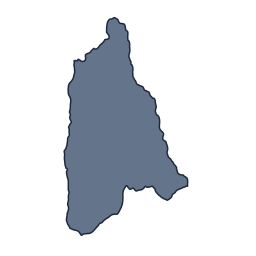 the district of Molagavita, Santander, Colombia, rotated 183°
{"feature_id": "7082276B9574899495584", "entity_name": "Molagavita", "entity_type": "district", "adm_level": 2, "iso_a3": "COL", "parent_name": "Colombia", "parent_adm1": "Santander", "projection": "equal_earth", "projection_center": [-72.811, 6.635], "detail": "fine", "context": "isolated", "style": "filled", "palette": "slate", "viewbox_px": 256, "rotation_deg": 183, "n_neighbors": 0, "source": "geoboundaries", "source_scale": "gbopen_adm2", "svg_char_len": 5866}
<svg xmlns="http://www.w3.org/2000/svg" viewBox="0 0 256 256"><g transform="rotate(183 128 128)"><path d="M185.3,192.3L185.3,191.8L185.1,190.7L185.1,189.9L185.3,188.2L185.3,187.6L184.9,186.7L184.5,184.3L184.3,182.1L184.2,180.5L184.6,178.5L185.0,176.6L185.2,175.4L185.5,174.4L186.2,173.0L186.9,171.9L187.5,171.1L188.5,170.0L189.0,169.2L189.4,168.1L189.7,166.5L189.8,163.2L189.6,161.5L189.4,159.5L189.0,158.1L188.6,157.4L187.8,156.2L187.4,155.3L186.9,154.3L186.7,153.8L186.6,152.2L186.6,150.4L186.8,148.2L186.7,147.3L186.7,146.3L186.7,145.7L186.8,143.4L187.3,141.1L187.3,140.6L186.8,139.8L186.5,139.3L186.3,138.7L186.3,138.1L186.3,137.3L186.6,136.6L186.7,135.7L186.7,134.9L186.5,134.3L185.8,132.9L185.2,131.8L185.0,131.3L184.9,130.8L184.9,130.5L185.3,129.9L185.7,129.4L186.5,128.0L186.8,127.0L187.2,126.3L187.3,125.8L187.3,125.3L187.1,125.0L186.6,123.0L186.6,120.8L186.2,117.7L186.5,116.9L187.3,115.7L187.6,114.9L187.7,113.9L187.7,112.6L187.8,111.2L187.9,110.1L188.0,108.4L188.3,106.6L188.9,104.6L189.8,102.7L190.3,102.2L190.5,101.5L190.2,99.6L189.9,98.5L189.8,97.4L190.0,96.6L189.9,95.4L190.0,94.8L189.9,94.6L189.8,92.9L189.7,92.8L189.6,92.5L189.4,90.9L189.1,89.7L189.1,88.7L188.9,87.8L188.6,86.9L187.7,84.5L187.2,84.4L186.6,84.1L186.4,83.7L186.3,83.3L186.3,82.9L186.6,82.4L187.0,81.7L187.1,80.7L187.0,79.9L186.7,78.3L186.3,76.9L186.0,75.6L185.5,74.3L185.2,73.4L184.9,72.5L184.7,69.9L184.5,66.1L184.4,63.3L184.2,62.4L183.9,61.8L183.5,61.1L183.5,60.8L183.7,58.9L184.0,57.4L184.0,56.9L183.9,55.1L183.7,53.9L183.8,52.4L183.9,51.5L184.2,49.8L184.3,48.6L184.2,48.1L183.9,47.5L183.6,47.0L183.3,45.8L183.2,44.8L183.2,43.7L183.2,43.4L183.3,42.9L183.5,42.1L183.7,41.1L184.0,40.5L184.1,40.2L184.3,39.4L184.3,38.7L184.3,37.8L184.7,33.3L184.6,32.5L184.5,32.0L184.4,31.7L184.2,31.4L183.9,31.1L183.8,30.7L183.8,30.3L183.7,30.1L183.3,29.1L182.9,28.4L181.5,26.5L180.6,25.0L180.6,24.8L179.3,24.3L177.5,23.7L175.3,23.1L173.8,22.9L172.7,22.5L171.2,21.3L170.2,20.0L169.1,18.5L168.4,18.5L167.5,19.6L165.4,20.1L162.9,20.5L161.0,20.7L159.3,21.5L157.6,22.9L154.2,27.1L152.6,29.0L151.5,31.0L150.7,31.5L149.8,31.8L148.8,32.3L148.0,33.6L146.1,35.4L144.7,36.6L143.6,37.1L140.3,40.1L139.0,40.8L137.6,41.0L136.4,41.3L135.5,41.4L134.7,41.3L133.8,41.8L133.0,43.1L132.2,44.8L131.2,47.1L130.4,49.0L129.7,51.9L129.5,53.9L129.4,56.7L129.5,59.3L129.7,61.9L129.4,65.2L128.6,67.1L127.4,69.3L126.8,70.3L126.0,70.1L125.1,69.0L123.9,67.8L123.3,67.0L122.5,67.0L121.2,67.4L120.4,68.1L119.4,68.1L118.5,67.2L117.8,66.3L116.8,65.6L116.1,65.6L113.6,66.6L112.6,66.7L110.7,67.3L109.1,68.8L108.5,69.6L108.1,70.3L107.7,70.6L107.0,70.4L106.2,69.9L104.3,70.0L102.8,70.4L102.2,70.6L101.4,71.0L100.9,71.1L100.4,71.0L99.4,69.8L98.9,69.4L97.9,68.6L97.7,67.8L97.5,66.9L97.0,66.1L96.2,64.8L95.2,64.2L94.6,63.4L93.3,62.2L92.6,61.9L91.9,61.4L91.1,60.6L88.9,59.4L87.0,58.8L86.2,58.5L85.2,57.9L84.4,58.3L83.3,59.0L82.1,60.0L80.8,61.4L80.3,63.6L79.8,64.4L78.7,65.0L77.7,65.9L76.8,67.3L76.1,68.2L74.9,69.0L73.5,69.7L71.8,70.4L70.6,71.2L68.7,71.9L67.2,72.7L65.5,73.1L65.6,74.3L65.6,77.7L65.8,79.4L66.1,80.3L66.4,81.0L67.8,82.1L68.5,82.3L69.4,82.8L70.0,83.6L70.6,84.0L72.9,83.9L75.5,85.1L76.4,86.7L77.2,89.4L77.5,89.8L77.5,91.3L77.8,91.7L78.7,92.7L79.0,93.2L79.7,93.6L80.0,93.9L80.9,95.6L81.4,96.3L81.8,96.6L82.5,97.3L84.1,99.6L85.5,100.4L86.1,101.2L86.3,101.5L87.1,103.5L87.8,105.5L87.6,107.0L87.3,107.9L87.3,109.7L87.7,111.7L88.2,113.0L88.5,113.5L89.3,116.0L89.7,116.5L91.9,117.8L92.3,118.1L92.7,118.8L92.8,119.5L92.7,120.5L92.3,122.7L92.2,123.2L92.2,123.8L92.4,124.6L93.2,125.7L94.4,126.6L96.0,128.3L96.4,129.3L96.7,130.3L96.8,131.2L96.7,134.8L96.8,136.8L97.0,138.3L97.3,139.3L97.6,140.3L98.2,141.3L98.6,141.8L99.2,142.3L99.8,142.5L100.4,142.9L100.8,143.6L100.8,144.3L101.4,145.4L101.5,146.1L101.5,147.5L101.4,148.2L101.0,149.9L100.9,150.4L101.0,151.1L102.2,155.4L102.3,156.9L102.6,157.7L103.1,158.6L103.3,158.8L103.7,159.1L104.8,158.9L105.1,159.1L105.7,159.9L106.1,160.4L106.8,160.9L107.5,161.7L107.9,162.4L108.5,164.1L108.9,164.8L109.6,165.2L110.8,165.6L112.0,166.2L113.3,166.5L113.8,167.1L114.0,167.5L114.6,168.8L115.1,169.6L115.6,170.0L117.3,170.6L117.9,170.7L119.7,171.6L120.3,171.7L120.9,171.9L121.5,172.5L122.1,173.4L122.5,174.5L122.9,175.3L123.8,176.3L125.5,179.2L126.0,180.5L126.0,182.4L126.2,183.3L126.3,184.2L126.3,185.0L126.1,185.9L126.2,187.4L126.4,189.0L126.6,189.3L127.3,191.1L128.5,192.2L128.5,194.4L129.4,195.5L131.0,199.9L130.2,204.4L130.3,206.4L130.3,207.1L130.7,209.6L130.7,211.6L131.0,213.4L131.3,214.3L131.8,215.1L132.3,215.5L132.7,215.7L132.8,216.3L133.1,219.3L133.1,220.5L133.0,221.7L133.1,222.6L133.2,223.5L133.4,224.1L133.9,224.7L135.1,225.6L135.5,226.3L135.7,227.1L135.9,227.9L136.1,229.2L136.5,230.5L136.9,231.2L137.5,231.6L137.9,231.8L138.6,231.9L139.1,231.9L141.1,232.1L141.8,232.3L142.4,232.8L143.7,235.5L144.0,235.8L145.2,236.6L146.5,237.1L146.9,237.4L147.4,237.5L147.8,237.4L149.0,236.6L149.4,236.3L150.0,236.0L150.6,235.9L151.3,235.9L151.8,235.7L152.4,235.3L153.0,234.6L153.9,232.8L154.2,231.5L154.5,228.7L154.6,226.3L154.5,225.3L154.5,224.1L154.4,222.5L154.1,222.0L152.2,219.8L151.9,219.2L151.7,218.3L151.6,217.1L151.8,216.5L152.0,216.1L154.4,215.3L155.2,215.3L155.8,214.9L156.6,213.2L158.1,211.2L158.7,210.9L159.4,210.2L160.4,209.2L161.3,207.6L161.8,206.9L162.7,206.0L163.4,205.3L164.0,205.1L164.4,205.0L165.0,205.1L165.3,205.4L165.8,205.7L166.3,205.6L166.8,205.2L167.6,204.4L168.3,203.5L168.9,202.9L169.7,201.8L170.1,201.3L170.5,201.0L172.2,200.3L173.9,199.3L174.2,198.9L174.3,198.5L174.3,197.9L174.2,196.7L174.0,196.1L174.0,195.4L174.0,194.4L174.4,193.4L174.7,192.9L175.0,192.6L175.5,192.4L176.3,192.3L176.8,192.1L177.2,191.9L177.4,191.9L178.2,192.3L178.7,192.6L179.7,193.4L180.6,193.8L181.2,194.0L181.4,193.9L181.6,193.7L181.6,193.2L181.7,192.7L182.1,192.4L183.0,192.4L183.2,192.5L183.6,192.6L184.0,192.6L184.6,192.6L185.3,192.3Z" fill="#64748b" stroke="#1e293b" stroke-width="1.5"/></g></svg>